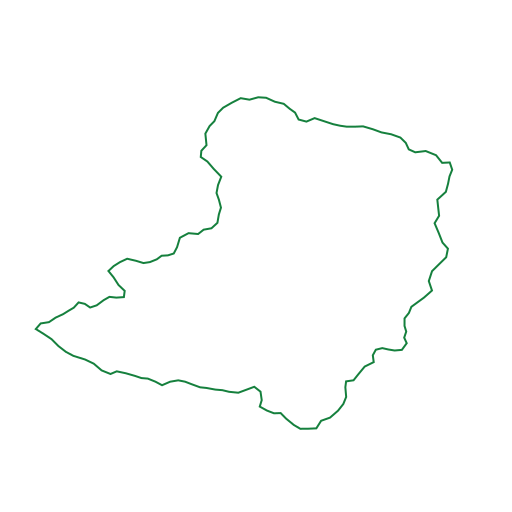 the district of Bom Jesus do Amparo, Minas Gerais, Brazil, rotated 292°
{"feature_id": "56859067B28888821052332", "entity_name": "Bom Jesus do Amparo", "entity_type": "district", "adm_level": 2, "iso_a3": "BRA", "parent_name": "Brazil", "parent_adm1": "Minas Gerais", "projection": "albers", "projection_center": [-43.474, -19.706], "detail": "fine", "context": "isolated", "style": "outline", "palette": "green", "viewbox_px": 512, "rotation_deg": 292, "n_neighbors": 0, "source": "geoboundaries", "source_scale": "gbopen_adm2", "svg_char_len": 2104}
<svg xmlns="http://www.w3.org/2000/svg" viewBox="0 0 512 512"><g transform="rotate(292 256 256)"><path d="M415.3,400.6L412.1,393.7L416.9,385.2L416.9,374.0L411.8,364.8L412.1,357.7L417.0,352.5L419.9,345.5L419.5,335.7L417.6,326.0L417.3,316.9L416.3,306.7L412.8,298.9L409.9,291.7L408.3,285.2L407.1,278.1L406.4,267.6L405.8,258.7L399.5,252.4L398.5,244.4L403.6,238.5L405.1,232.2L407.5,224.7L406.1,215.7L406.5,206.1L404.0,198.6L398.5,191.4L396.6,182.7L389.1,176.2L381.2,170.0L374.4,167.1L365.4,166.9L359.1,164.3L350.5,163.2L340.2,168.6L333.1,165.9L327.1,167.7L325.4,175.5L321.0,184.0L316.5,194.1L307.6,194.2L299.6,195.8L294.3,200.5L287.7,205.4L280.6,206.0L272.3,207.8L265.0,204.3L260.8,197.6L254.7,194.1L251.9,184.9L244.4,178.6L234.6,179.5L227.5,178.8L223.6,174.1L220.9,168.4L215.8,165.3L210.6,159.9L207.3,154.3L206.6,146.5L205.2,137.6L199.4,132.2L193.3,127.8L186.8,124.8L182.9,131.9L177.6,139.4L174.5,147.3L168.4,148.9L165.1,142.1L163.2,135.4L158.0,131.3L150.6,126.8L146.1,121.5L147.5,115.2L146.5,108.9L139.8,106.4L135.0,102.7L129.9,99.0L123.8,93.3L117.1,88.8L112.8,81.6L105.8,79.2L104.2,88.4L102.3,97.6L98.5,106.5L95.9,115.7L95.0,124.1L96.0,136.3L95.4,145.9L92.1,155.7L92.1,165.3L96.9,170.1L98.5,179.2L99.5,188.7L99.9,195.5L101.8,201.6L101.8,209.8L101.0,217.3L107.3,223.5L111.6,230.5L112.9,237.3L113.0,243.9L113.3,253.3L115.1,259.5L116.9,268.3L119.0,275.1L120.0,281.9L122.6,290.8L128.7,297.5L134.1,303.4L131.9,311.0L124.5,315.3L117.8,315.9L116.8,324.0L116.9,331.6L119.6,337.7L116.5,344.8L113.5,354.4L112.4,361.8L115.5,369.3L118.8,376.5L127.6,378.1L133.9,385.2L143.3,390.0L151.5,392.4L159.1,392.4L167.8,388.0L173.5,386.5L177.3,393.0L184.4,395.1L194.2,398.2L201.7,404.9L207.7,401.5L214.0,402.2L217.9,407.6L218.9,413.7L220.3,419.9L223.6,426.4L231.6,428.4L235.8,424.0L242.2,423.6L246.8,419.9L253.8,417.1L260.5,419.1L267.1,419.1L273.4,423.0L280.3,427.3L289.9,432.1L297.5,425.6L307.9,424.9L316.7,428.7L326.1,432.8L334.7,431.2L338.3,423.9L345.7,416.9L353.3,409.3L361.9,410.7L368.9,406.9L376.2,403.0L386.6,408.0L394.9,407.0L402.3,405.6L409.5,405.6L415.3,400.6Z" fill="none" stroke="#15803d" stroke-width="2"/></g></svg>